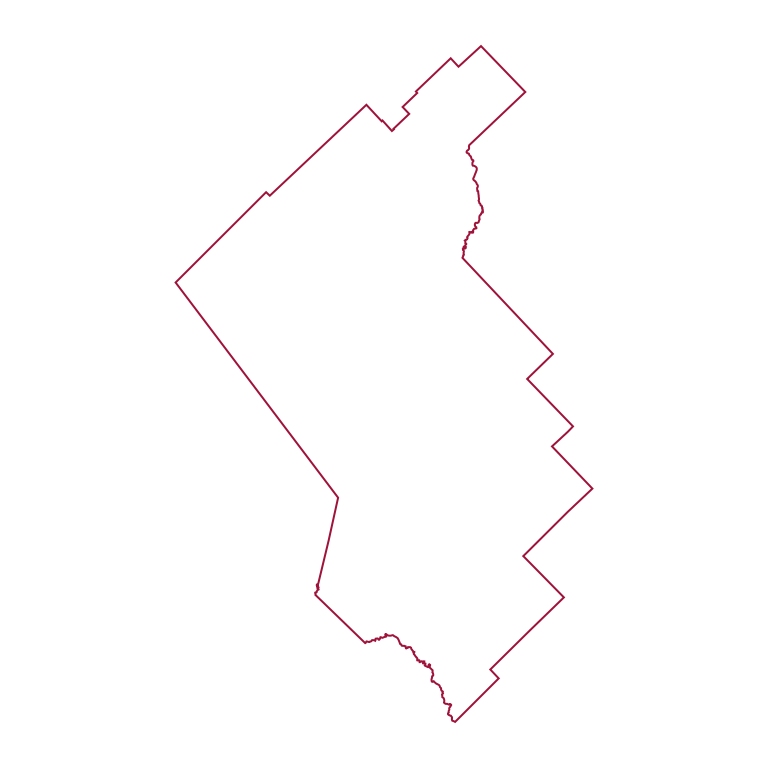 the district of Coronel Suárez, Buenos Aires, Argentina
{"feature_id": "61730980B58975143566446", "entity_name": "Coronel Suárez", "entity_type": "district", "adm_level": 2, "iso_a3": "ARG", "parent_name": "Argentina", "parent_adm1": "Buenos Aires", "projection": "orthographic", "projection_center": [-61.824, -37.54], "detail": "fine", "context": "isolated", "style": "outline", "palette": "rose", "viewbox_px": 768, "rotation_deg": 0, "n_neighbors": 0, "source": "geoboundaries", "source_scale": "gbopen_adm2", "svg_char_len": 6096}
<svg xmlns="http://www.w3.org/2000/svg" viewBox="0 0 768 768"><path d="M525.3,92.0L481.0,46.1L458.5,66.7L450.7,58.3L415.9,91.5L417.2,93.0L402.6,107.0L409.2,113.9L393.5,128.8L393.9,129.3L391.9,131.0L382.5,120.5L381.7,121.3L366.4,104.8L269.8,195.7L266.1,192.2L175.6,282.5L338.1,497.7L328.6,540.7L318.3,583.4L318.1,583.8L317.8,584.0L316.9,584.5L316.7,585.1L316.8,585.3L317.7,585.2L318.0,585.3L318.0,585.7L317.8,585.8L317.0,586.1L317.0,586.6L317.1,586.8L318.1,586.9L318.4,587.1L318.5,587.3L318.3,587.5L317.6,587.7L317.4,587.9L317.4,588.2L317.6,588.7L318.4,589.0L318.6,589.2L318.6,589.5L317.5,590.1L316.8,591.3L316.6,592.2L316.0,592.4L315.6,592.4L315.2,592.6L315.2,593.2L315.6,593.9L315.6,594.3L315.4,594.9L365.2,643.1L365.4,643.0L365.7,642.8L366.4,641.5L366.7,641.4L368.8,642.0L369.5,642.0L369.7,641.7L370.1,641.5L370.5,641.5L370.9,641.4L371.3,641.2L372.1,640.1L372.4,640.1L374.3,640.2L375.2,640.8L375.4,640.5L375.5,639.0L375.6,638.7L375.9,638.6L377.7,638.5L378.0,638.7L378.6,639.6L379.0,639.8L379.3,639.6L380.1,638.5L380.3,637.4L380.4,637.2L380.9,637.2L382.0,637.7L382.5,637.8L384.6,636.9L384.9,636.8L385.8,636.8L386.0,636.6L386.2,636.4L386.2,636.2L385.3,635.0L385.3,634.6L385.3,634.4L385.6,634.0L385.9,634.0L386.4,634.3L387.2,635.0L387.5,635.3L389.3,635.7L390.6,635.7L392.5,635.2L392.9,635.2L393.3,635.4L394.0,636.0L394.5,636.3L396.0,637.0L397.7,638.2L397.9,638.7L398.2,639.1L398.8,640.4L399.8,642.9L400.0,643.8L400.7,644.3L401.2,644.4L401.6,645.5L401.8,645.7L403.3,645.9L404.1,645.8L404.4,645.9L405.0,646.3L405.3,646.2L405.6,646.3L405.6,647.0L405.9,648.2L406.1,648.4L406.4,648.4L407.0,647.8L407.6,647.9L407.9,647.2L408.4,647.1L410.0,647.1L410.6,647.4L411.0,647.7L411.4,649.1L411.7,649.5L412.1,649.9L412.3,650.3L412.6,650.7L413.1,651.1L413.3,651.5L413.2,651.9L413.3,652.3L413.6,652.3L414.3,652.1L414.3,652.4L413.9,652.9L413.8,653.3L413.9,654.2L414.8,655.1L415.0,655.6L415.3,656.0L416.2,657.0L416.3,657.4L416.8,657.6L417.4,658.7L417.4,659.3L417.1,660.0L417.3,660.4L417.8,660.4L418.2,660.2L419.2,660.3L419.6,662.1L420.0,662.1L420.2,661.7L420.7,661.4L421.2,661.3L421.4,661.6L421.9,661.5L423.9,661.3L424.3,661.4L424.2,661.8L424.1,662.0L423.1,662.8L423.0,663.1L423.0,663.3L423.2,663.5L424.3,663.3L425.4,663.5L425.5,663.9L425.1,665.0L424.8,665.5L425.0,665.7L427.9,667.1L428.3,667.1L428.6,666.8L428.5,665.7L428.8,664.6L429.3,664.3L430.1,664.9L430.1,665.4L429.9,665.9L429.7,666.9L430.0,667.8L432.6,670.3L432.5,670.9L432.6,671.8L432.4,672.4L432.7,672.9L433.0,673.2L433.2,674.5L433.3,675.0L433.1,675.6L432.1,676.3L432.0,677.8L431.6,678.9L431.5,679.4L431.6,680.9L431.8,681.5L432.2,681.8L432.7,681.8L433.4,681.2L433.8,681.3L433.9,681.6L436.2,683.6L437.5,684.2L438.9,685.0L439.3,685.3L439.6,685.8L439.9,686.9L440.2,687.4L441.0,688.1L441.1,688.5L441.1,689.6L441.3,690.1L441.6,690.7L442.7,691.4L442.9,691.8L442.5,692.6L443.0,693.4L442.8,693.7L442.2,694.2L442.0,694.6L442.0,694.9L442.2,695.3L442.3,695.7L442.3,697.1L443.7,698.2L444.0,699.0L444.3,700.4L444.2,701.9L444.0,702.3L444.0,702.6L445.0,703.5L445.9,703.9L446.4,703.9L447.1,703.8L448.9,704.6L449.4,704.6L449.8,704.3L449.9,704.0L450.1,704.0L451.0,704.6L451.2,705.0L451.0,705.4L450.2,706.8L449.5,707.6L449.3,708.0L449.2,708.5L449.3,709.1L449.3,709.8L448.7,710.9L448.6,711.4L448.8,712.3L448.7,712.7L448.1,713.1L448.0,713.4L448.0,714.0L448.1,714.4L448.7,714.9L449.1,715.0L449.4,715.3L450.9,715.7L451.3,716.4L452.0,717.2L452.0,718.4L451.8,719.0L452.1,720.3L452.3,720.7L453.6,721.1L455.1,721.9L498.7,678.4L490.3,669.5L530.6,629.7L563.9,597.4L523.3,556.1L567.6,512.0L592.4,488.6L552.0,446.4L568.0,431.6L573.0,426.4L527.3,379.1L527.7,378.8L527.5,378.6L552.9,353.9L462.5,257.9L462.5,257.4L463.0,256.8L463.1,256.6L463.2,255.3L463.4,255.1L463.9,254.8L463.9,254.4L463.6,253.8L463.7,252.9L463.6,252.6L463.9,251.5L463.7,250.6L463.5,250.3L463.0,250.0L462.9,249.0L463.8,248.8L464.0,248.6L465.1,248.5L465.6,248.2L465.7,247.5L465.9,247.0L465.8,246.9L465.3,247.0L464.9,246.9L464.0,247.1L463.6,247.0L463.8,246.6L464.7,246.1L465.3,245.4L465.5,244.7L466.1,244.4L466.3,244.0L466.0,243.6L465.3,243.2L465.4,242.2L465.2,240.8L464.9,240.6L465.1,240.4L465.4,240.2L465.5,239.9L466.0,240.0L466.5,239.5L467.1,239.3L467.6,238.0L467.5,237.7L467.3,237.5L467.1,237.2L467.4,236.6L467.6,236.4L467.8,236.1L469.0,234.7L469.4,234.0L469.4,233.6L469.6,233.4L469.4,232.5L469.3,232.1L469.6,232.0L469.8,232.4L470.2,232.5L471.1,232.0L471.6,231.9L471.9,232.7L472.2,232.7L472.9,232.7L473.1,232.5L473.2,232.0L473.2,231.3L473.0,230.6L473.2,230.0L473.7,229.4L473.9,229.0L474.3,228.8L474.9,228.6L476.0,228.5L476.4,228.2L476.3,227.4L476.0,227.3L475.9,226.9L475.3,226.4L475.1,226.0L475.0,225.4L474.8,225.1L474.9,224.0L475.4,223.0L475.8,222.8L476.5,222.8L477.1,223.0L477.5,222.9L477.9,222.6L478.5,222.4L478.9,221.2L479.0,220.7L479.5,219.6L479.6,219.2L479.4,219.0L479.3,218.8L479.4,218.4L479.3,217.6L479.4,216.7L479.4,216.4L479.6,215.8L480.2,215.0L480.9,214.5L481.1,214.1L481.1,213.5L481.8,212.7L482.6,212.7L482.8,212.5L482.9,212.2L482.6,212.1L482.4,211.9L482.2,211.4L482.4,211.2L482.8,211.1L482.9,210.8L482.5,210.0L482.7,209.7L482.7,209.3L482.6,209.1L482.2,208.7L482.1,208.3L482.2,208.0L482.4,207.8L482.0,207.2L482.0,206.4L481.7,205.9L481.5,205.6L480.7,205.4L480.5,204.9L480.4,204.3L480.2,203.7L479.3,203.0L479.1,201.7L478.8,201.2L478.8,200.8L478.6,200.6L479.0,199.5L479.0,198.7L478.7,196.7L478.7,195.5L478.5,194.8L478.5,194.1L478.3,193.3L478.2,191.6L478.1,191.2L477.6,191.1L477.3,190.9L477.4,190.3L477.2,189.6L477.2,188.9L477.1,188.3L477.2,187.7L477.5,187.4L477.8,186.7L477.8,185.5L477.5,184.9L476.9,184.2L476.6,183.7L476.4,182.8L475.3,181.3L473.9,180.2L473.4,179.6L473.2,178.9L473.4,178.2L474.2,176.6L475.0,174.3L476.1,171.7L476.3,170.9L476.6,170.4L476.8,168.9L476.7,168.3L476.6,167.8L476.1,167.1L475.4,166.5L474.0,165.8L473.5,165.7L472.9,165.7L472.4,164.8L472.4,163.1L472.5,162.4L473.4,161.1L473.3,160.4L473.0,160.1L472.0,159.8L471.5,158.8L470.8,156.4L470.1,155.9L469.2,154.8L468.9,153.7L468.3,153.4L467.7,153.3L466.8,152.7L466.6,152.3L466.6,151.7L467.1,150.7L467.5,150.4L468.3,149.9L468.9,149.1L469.1,148.4L469.1,147.7L468.9,146.5L469.2,145.2L525.3,92.0Z" fill="none" stroke="#9f1239" stroke-width="2"/></svg>